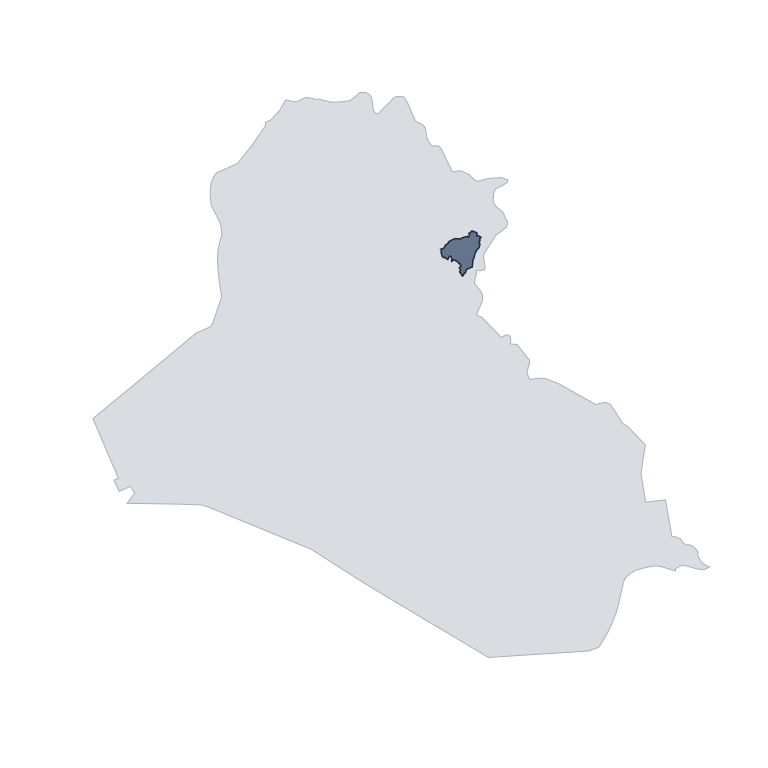 Kalar, As-Sulaymaniyah, Iraq (highlighted), rotated 351°
{"feature_id": "34846034B60628866791403", "entity_name": "Kalar", "entity_type": "district", "adm_level": 2, "iso_a3": "IRQ", "parent_name": "Iraq", "parent_adm1": "As-Sulaymaniyah", "projection": "robinson", "projection_center": [45.352, 34.84], "detail": "fine", "context": "in_parent", "style": "filled", "palette": "slate", "viewbox_px": 768, "rotation_deg": 351, "n_neighbors": 0, "source": "geoboundaries", "source_scale": "gbopen_adm2", "svg_char_len": 5359}
<svg xmlns="http://www.w3.org/2000/svg" viewBox="0 0 768 768"><g transform="rotate(351 384 384)"><path d="M307.9,107.0L313.6,105.5L324.2,97.0L330.5,89.0L332.5,88.3L338.0,90.9L342.0,91.6L351.2,88.6L356.6,90.2L361.1,92.2L363.7,92.3L376.0,97.3L379.0,97.9L385.3,98.5L394.8,98.8L400.9,95.5L405.2,92.4L408.2,92.5L411.1,93.2L413.6,94.6L415.7,96.9L416.6,100.3L416.2,111.0L417.1,113.8L418.8,115.9L420.9,116.2L423.5,113.9L428.0,110.5L433.5,106.8L437.6,103.4L440.0,102.2L443.7,102.3L447.3,102.9L449.3,104.6L449.3,105.1L451.3,110.1L456.1,128.9L458.8,131.3L462.0,133.3L464.2,136.1L465.1,138.9L464.8,143.3L464.9,148.3L466.2,152.2L468.0,155.2L469.7,156.6L472.2,156.8L475.2,157.5L477.3,160.4L483.8,181.8L484.4,184.6L487.1,185.5L491.6,185.1L496.2,187.3L501.1,190.8L505.8,197.3L508.9,198.4L518.7,197.4L532.0,198.4L538.3,201.8L537.7,203.9L532.9,206.2L524.4,208.9L521.9,213.5L520.5,219.5L520.7,222.9L522.8,226.6L528.9,233.9L529.2,236.5L530.3,240.2L531.4,242.8L530.2,247.7L524.7,251.0L517.6,254.7L503.2,271.1L502.1,274.6L502.2,284.3L500.8,287.1L496.2,287.0L492.7,286.5L492.5,289.9L490.2,294.5L488.9,298.4L494.2,307.7L495.2,312.6L494.3,317.1L489.4,324.8L486.5,330.1L487.2,331.2L491.0,333.3L503.0,350.3L506.9,356.3L511.9,354.7L513.8,354.8L515.3,355.8L516.2,357.8L516.2,360.4L514.9,364.2L521.4,365.7L523.7,369.6L531.2,382.9L531.0,386.8L527.4,393.1L527.4,397.2L528.1,401.0L529.3,402.3L540.4,402.8L545.1,404.3L556.7,411.1L569.8,421.5L580.6,430.0L589.8,437.3L599.6,436.7L602.3,438.0L604.8,440.3L607.6,446.3L613.3,459.8L618.1,464.2L625.6,475.0L632.6,485.2L628.1,498.9L623.8,513.2L623.9,531.7L624.0,541.6L633.4,542.0L643.9,542.5L644.1,554.3L644.3,566.2L644.5,579.8L647.6,580.4L652.5,583.3L654.6,587.7L657.3,590.1L660.5,590.5L663.7,592.7L666.8,596.6L668.0,599.6L667.2,601.6L667.9,605.2L670.1,610.3L672.8,612.8L676.9,615.7L671.3,617.4L665.3,616.1L652.4,610.1L648.2,609.9L642.8,612.2L642.6,614.2L628.9,607.6L624.0,606.2L622.3,606.1L614.5,606.1L603.4,607.3L596.9,610.1L592.4,613.0L590.3,615.8L589.6,617.3L586.1,625.6L582.0,636.3L577.8,646.0L569.6,659.5L565.1,665.8L555.3,677.4L544.7,679.7L520.0,677.5L492.7,674.9L465.5,672.4L445.3,670.5L443.8,669.9L423.8,653.3L408.1,640.1L388.4,623.8L368.4,607.0L348.1,590.1L333.4,577.7L315.5,561.9L299.3,547.4L286.5,536.0L270.1,526.1L257.3,518.3L238.6,506.9L223.7,497.8L211.0,490.1L191.4,478.1L184.8,474.9L164.4,470.9L145.0,467.5L125.0,464.0L111.6,461.6L120.6,453.1L118.1,445.5L111.6,446.9L105.6,448.7L102.3,436.8L106.9,435.4L103.0,419.9L98.9,403.9L95.1,388.5L91.1,372.7L108.2,362.6L121.0,355.1L138.8,344.5L156.0,334.3L172.4,324.6L190.4,313.9L206.5,304.3L221.1,300.4L224.3,297.4L231.1,284.4L236.9,273.2L237.2,270.6L237.4,254.8L238.7,236.3L240.8,226.4L244.2,217.6L247.3,211.2L247.7,205.3L247.4,199.2L244.4,190.0L241.3,180.5L241.8,171.3L242.5,166.3L244.6,158.5L248.1,152.7L251.9,149.1L265.7,145.5L273.9,143.3L284.9,133.1L291.5,127.0L300.6,117.4L307.3,110.4L307.9,107.9L307.9,107.0Z" fill="#d9dde1" stroke="#a8b0b8" stroke-width="1"/><path d="M494.7,246.6L494.4,246.9L493.7,247.3L493.4,247.6L493.1,248.0L492.9,248.2L492.3,248.3L491.4,248.4L491.5,249.0L491.7,249.5L491.8,249.9L491.7,250.4L491.6,250.7L491.3,251.0L491.2,251.3L490.9,251.5L490.7,251.8L490.2,252.2L489.9,251.9L489.9,251.6L489.7,251.2L489.2,251.4L488.9,251.4L488.6,251.4L487.6,251.5L487.0,251.5L486.5,251.6L485.8,251.6L484.9,251.7L484.5,251.8L483.9,251.9L483.3,252.2L482.8,252.5L482.3,252.7L481.7,252.4L480.8,252.4L480.1,252.2L479.2,252.0L478.3,251.8L477.0,251.6L476.3,251.6L475.8,251.7L475.2,251.9L474.3,252.1L473.3,252.5L473.0,252.6L472.4,252.8L471.6,253.1L470.9,253.3L470.1,253.7L469.6,254.4L469.1,255.2L468.8,255.5L468.2,255.7L467.5,255.9L467.1,256.0L466.4,256.4L466.1,257.0L465.8,257.3L465.3,257.9L464.9,258.5L464.6,258.9L464.2,259.1L463.7,259.5L462.8,259.7L462.4,259.7L461.8,259.7L461.2,259.7L461.5,260.2L461.5,260.5L461.5,261.3L461.0,262.7L460.9,263.4L461.2,264.7L461.3,266.2L461.5,267.1L461.9,267.5L462.5,268.4L462.8,268.5L463.2,268.5L463.8,268.7L464.3,268.8L464.9,269.7L466.4,271.0L467.0,270.6L467.7,268.9L469.2,267.9L470.0,268.6L470.3,269.9L470.8,271.6L469.8,272.8L470.1,273.6L471.9,272.4L473.2,272.7L473.8,273.2L474.6,273.8L476.5,275.7L476.9,277.0L477.8,277.3L478.1,277.4L478.7,279.3L478.2,279.7L476.6,280.8L476.6,281.5L476.7,281.8L477.6,283.4L476.1,285.0L476.7,285.9L477.1,286.7L477.5,287.8L477.8,288.3L478.1,289.5L478.4,289.7L478.7,289.6L478.9,289.4L479.0,289.3L479.7,288.4L480.4,287.5L480.9,287.4L481.7,287.0L481.7,286.9L482.7,285.2L483.2,284.3L483.3,284.2L483.7,283.7L484.2,283.4L484.5,283.4L485.2,283.3L485.7,283.3L486.8,282.9L487.7,282.4L488.2,282.3L489.3,282.4L489.6,281.8L489.9,281.0L490.1,279.9L490.4,278.7L490.7,277.3L491.1,275.5L491.2,275.4L491.9,274.5L492.0,274.4L492.4,273.8L492.9,272.9L493.0,272.6L493.2,272.0L493.5,271.3L493.6,271.2L494.0,270.1L494.3,269.3L494.9,268.6L495.5,267.8L496.0,267.0L496.4,266.4L496.8,266.1L497.7,265.4L498.6,264.7L499.3,264.2L499.5,263.6L499.9,262.7L500.3,261.7L500.6,260.8L500.6,260.2L500.1,258.9L500.4,258.6L500.4,258.0L500.9,257.7L501.3,257.3L501.5,256.4L501.4,256.1L501.1,255.5L501.5,255.0L502.1,254.7L502.8,254.3L502.5,254.0L502.3,253.8L501.7,253.4L500.9,252.6L500.5,252.4L500.0,252.4L499.6,252.3L499.0,252.3L499.0,251.6L499.0,251.1L498.9,250.8L499.1,250.6L499.3,250.2L499.6,249.7L498.5,248.6L497.8,248.2L497.4,247.9L496.4,247.4L496.0,247.2L495.6,247.0L495.0,246.7L494.7,246.6Z" fill="#64748b" stroke="#1e293b" stroke-width="1.5"/></g></svg>